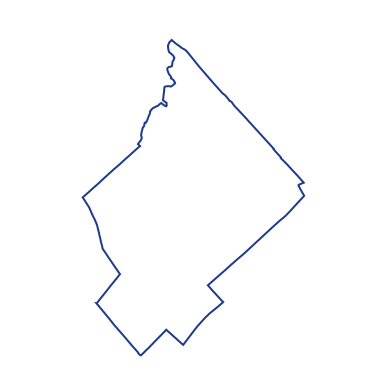 Boldesti-Gradistea, Prahova, Romania (Mercator projection), rotated 81°
{"feature_id": "2599482B94191000455949", "entity_name": "Boldesti-Gradistea", "entity_type": "district", "adm_level": 2, "iso_a3": "ROU", "parent_name": "Romania", "parent_adm1": "Prahova", "projection": "mercator", "projection_center": [26.525, 44.882], "detail": "fine", "context": "isolated", "style": "outline", "palette": "blue", "viewbox_px": 384, "rotation_deg": 81, "n_neighbors": 0, "source": "geoboundaries", "source_scale": "gbopen_adm2", "svg_char_len": 5584}
<svg xmlns="http://www.w3.org/2000/svg" viewBox="0 0 384 384"><g transform="rotate(81 192 192)"><path d="M335.0,274.9L337.8,273.1L341.4,270.8L342.4,270.3L342.5,270.2L342.8,270.2L343.1,270.0L343.3,270.0L344.1,269.4L344.5,269.1L345.1,268.6L345.2,268.4L345.3,268.2L345.3,267.8L340.6,261.3L340.0,260.3L338.0,257.6L333.9,252.2L329.4,246.1L325.3,240.6L324.0,239.0L339.6,226.3L340.8,225.3L341.6,224.6L326.1,208.4L319.2,199.9L317.2,197.2L316.2,195.7L314.7,193.7L314.2,192.7L313.8,192.1L313.6,191.7L309.0,183.8L305.6,178.4L303.7,179.8L291.7,187.7L286.6,190.9L273.6,170.3L271.8,167.6L270.0,164.8L265.7,158.0L260.8,150.0L239.7,118.5L234.2,110.1L231.7,105.8L231.2,105.0L229.7,102.6L228.7,101.4L226.8,98.8L220.8,91.3L213.3,81.8L210.6,82.8L209.6,83.3L208.2,83.7L206.0,84.6L204.3,85.1L203.7,85.3L202.9,85.6L202.4,85.7L201.9,85.8L201.6,85.5L201.2,84.0L200.3,80.2L198.9,81.1L192.3,85.3L186.5,89.2L179.7,93.7L172.4,99.0L172.2,98.8L171.9,98.7L162.5,104.8L162.2,104.4L129.7,125.8L127.6,127.1L123.6,129.8L117.4,134.0L113.5,136.7L112.0,137.5L110.9,138.0L109.3,138.8L108.1,140.1L108.0,140.5L104.8,142.2L101.6,144.2L99.3,146.4L88.3,153.5L69.5,165.2L52.6,174.9L51.8,175.6L50.5,176.5L49.1,178.4L48.7,178.9L48.3,179.4L48.1,179.6L47.6,180.0L46.8,180.7L46.4,181.1L46.1,181.5L44.6,182.9L44.3,183.4L43.8,183.8L42.8,184.8L42.1,185.5L41.2,186.2L40.6,186.7L40.0,187.3L39.5,187.7L38.9,188.1L38.6,188.3L38.7,188.5L39.2,188.9L39.4,189.2L39.8,189.8L40.4,190.7L40.8,191.1L41.3,191.3L42.1,191.9L42.9,192.4L43.4,192.7L43.9,192.9L44.5,192.9L46.1,193.0L46.4,193.0L46.8,193.1L47.1,193.0L48.4,193.0L49.6,192.8L50.3,192.7L50.5,192.5L50.8,192.2L51.0,192.0L51.3,191.8L51.6,191.5L52.5,190.7L52.9,190.4L53.3,190.1L53.6,189.9L53.9,189.6L54.3,189.3L54.8,189.1L55.4,189.0L55.9,188.8L56.4,188.4L56.7,188.6L56.9,188.7L57.1,188.7L57.6,188.9L57.9,189.0L58.2,189.1L58.5,189.4L58.9,189.6L59.1,189.8L59.3,190.0L59.6,190.4L60.0,190.6L60.5,190.9L60.7,191.0L61.9,191.3L63.1,191.7L63.9,191.9L64.2,192.0L64.5,192.1L64.7,192.4L64.8,192.8L64.9,195.1L65.0,195.5L65.5,196.3L65.7,196.7L65.8,196.8L66.0,197.0L66.5,197.1L66.8,197.2L67.2,197.2L67.5,197.2L68.6,197.1L69.0,197.0L69.4,196.9L69.9,196.8L70.9,196.6L71.4,196.5L72.0,196.3L72.6,196.0L72.9,195.8L73.4,195.4L75.1,194.8L75.3,194.7L75.6,194.5L75.8,194.5L76.0,194.8L76.3,195.0L76.4,194.9L76.7,194.7L77.1,194.3L77.5,193.8L78.1,193.2L79.0,192.5L79.3,192.4L79.5,192.3L80.0,192.2L80.4,192.2L80.7,192.1L80.8,191.9L81.0,191.8L81.3,191.7L81.6,191.6L81.9,191.8L82.2,192.0L82.9,193.0L83.1,193.5L83.4,194.1L83.6,194.3L83.8,194.7L84.1,195.2L84.4,195.8L84.4,196.0L84.5,196.2L84.5,196.3L84.5,196.5L84.4,196.6L84.3,197.0L84.2,197.2L83.9,198.2L83.8,198.7L83.7,199.0L83.7,199.8L83.7,200.3L83.6,201.2L83.7,201.5L83.7,202.0L83.8,202.4L83.9,202.6L84.1,202.7L84.3,202.8L84.7,203.0L85.0,203.1L85.3,203.1L85.8,203.3L86.1,203.4L86.5,203.5L87.1,203.5L87.3,203.6L87.6,203.7L88.0,203.8L88.3,203.9L88.6,203.9L89.1,204.0L89.4,204.1L90.4,204.5L91.2,204.8L91.5,204.9L92.2,204.9L92.4,205.0L93.0,205.2L93.4,205.3L94.0,205.5L94.4,205.5L94.7,205.6L95.0,205.7L95.9,206.1L96.2,206.3L96.4,206.3L96.6,206.3L97.1,206.0L97.5,205.7L98.0,205.3L98.6,204.6L99.5,203.7L99.8,203.3L100.0,203.3L100.1,203.2L100.4,203.3L101.0,203.3L101.3,203.4L101.5,203.4L102.2,203.4L102.4,203.4L102.7,203.5L102.9,203.6L103.0,203.7L103.3,204.3L103.1,204.5L102.6,205.2L102.2,205.7L102.0,206.0L101.4,206.5L100.1,207.7L99.9,208.0L99.3,208.5L99.7,209.2L100.1,210.0L100.3,210.5L100.4,210.8L100.5,210.9L100.9,211.3L101.1,211.5L101.5,212.2L101.8,213.3L102.1,214.6L102.3,215.1L102.5,215.7L102.6,215.9L102.6,216.0L102.8,216.6L102.9,217.0L103.0,217.2L103.1,217.4L103.1,217.6L103.4,218.1L103.6,218.4L103.8,218.7L104.1,218.9L105.0,219.7L105.1,219.9L105.2,220.2L105.4,220.4L105.5,220.5L105.8,220.8L106.3,220.9L106.7,220.9L107.2,221.1L107.7,221.3L109.0,221.9L109.7,222.6L110.0,222.7L110.2,222.9L110.7,223.1L112.2,224.0L112.6,224.2L113.2,224.4L113.4,224.5L113.5,224.6L114.3,225.2L114.7,225.4L115.0,225.7L115.5,226.1L116.2,226.5L116.3,226.5L116.4,226.8L116.3,227.0L116.1,227.3L116.1,227.6L116.2,227.9L116.3,228.0L116.8,228.2L117.4,228.3L117.7,228.4L118.6,228.7L119.0,228.9L119.6,229.3L119.9,229.6L120.1,229.9L120.2,230.0L120.4,230.2L120.6,230.4L121.2,230.7L122.0,231.1L122.5,231.3L123.1,231.6L123.9,231.9L124.6,232.3L125.3,232.5L126.1,232.8L127.0,233.1L127.8,233.3L128.0,233.4L128.5,233.4L129.5,233.2L130.4,233.1L130.7,233.1L131.4,233.5L132.8,234.3L133.0,234.5L136.2,237.9L138.5,236.1L139.9,238.5L142.9,243.1L144.9,246.2L148.2,251.3L148.4,251.7L150.4,254.7L153.4,259.2L157.5,265.9L165.7,278.4L167.5,281.0L168.1,281.9L168.2,282.0L168.4,282.2L168.4,282.3L169.5,284.0L170.9,286.2L172.8,289.2L175.5,293.3L180.1,300.6L180.2,300.8L181.5,300.2L188.9,297.0L189.7,296.6L190.8,296.1L194.1,295.2L196.0,294.7L196.6,294.6L197.6,294.4L198.7,294.0L199.9,293.7L205.3,292.0L206.0,291.9L207.0,291.6L208.0,291.4L210.6,290.9L211.0,290.8L211.4,290.8L211.8,290.8L212.5,290.8L213.2,290.7L213.9,290.7L214.6,290.5L215.6,290.4L216.8,290.4L217.9,290.3L218.4,290.2L219.0,290.2L219.9,290.2L221.5,290.1L222.8,289.9L223.3,289.9L224.8,289.8L225.7,289.8L226.5,289.8L226.9,289.7L228.0,289.6L229.3,289.5L230.8,289.3L231.5,289.2L231.8,289.2L232.3,289.2L233.5,289.2L234.2,289.1L234.8,288.8L235.4,288.5L236.3,288.0L236.7,287.8L237.3,287.7L238.3,287.1L242.7,285.1L243.8,284.6L247.6,282.8L249.3,282.0L251.4,281.0L261.9,276.0L263.5,277.8L264.6,278.9L266.1,280.5L266.3,280.9L267.0,281.6L271.1,286.2L273.3,288.6L276.2,291.7L279.1,294.9L282.0,298.1L286.1,302.5L286.9,303.4L287.0,303.5L286.9,303.8L297.2,297.7L304.3,293.5L306.3,292.4L311.6,289.4L326.6,280.0L335.0,274.9Z" fill="none" stroke="#1e3a8a" stroke-width="2"/></g></svg>